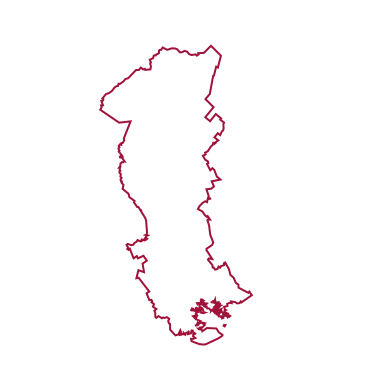 Åtorohanga District, Waikato, New Zealand, rotated 236°
{"feature_id": "76426892B74267582170982", "entity_name": "Åtorohanga District", "entity_type": "district", "adm_level": 2, "iso_a3": "NZL", "parent_name": "New Zealand", "parent_adm1": "Waikato", "projection": "mercator", "projection_center": [175.074, -38.229], "detail": "fine", "context": "isolated", "style": "outline", "palette": "rose", "viewbox_px": 384, "rotation_deg": 236, "n_neighbors": 0, "source": "geoboundaries", "source_scale": "gbopen_adm2", "svg_char_len": 5872}
<svg xmlns="http://www.w3.org/2000/svg" viewBox="0 0 384 384"><g transform="rotate(236 192 192)"><path d="M90.1,96.9L82.4,98.1L81.5,100.8L83.9,105.0L82.3,104.6L81.6,102.4L80.3,101.9L79.6,103.6L80.3,104.3L78.6,105.6L79.8,106.4L77.6,106.8L78.4,108.1L78.0,110.4L78.6,111.9L76.4,109.3L75.4,112.0L77.4,114.3L76.7,115.1L75.6,114.5L72.8,115.5L72.6,114.7L73.6,113.7L71.8,112.2L69.1,113.1L69.7,110.5L70.8,109.1L68.5,108.2L61.8,113.0L59.2,116.1L58.1,118.1L56.0,131.4L55.8,136.2L56.4,137.4L60.6,135.8L65.2,135.9L70.9,128.3L70.8,122.7L72.5,123.1L74.4,120.9L75.1,120.8L74.4,121.6L75.3,122.5L75.0,123.2L74.4,122.5L74.0,123.7L74.2,126.1L74.6,128.2L76.3,127.6L76.2,129.1L78.2,127.3L79.1,124.5L78.3,122.2L79.7,119.7L78.9,121.5L80.5,123.6L79.7,123.7L79.7,125.6L79.5,125.0L79.1,125.1L80.2,126.9L84.4,124.1L88.5,123.4L87.9,125.1L85.8,125.7L86.7,127.3L89.0,127.0L89.5,127.8L89.0,130.2L93.9,126.2L93.5,125.1L94.2,126.0L94.3,124.5L95.2,126.6L94.3,126.4L94.2,127.7L92.7,127.6L92.6,128.6L90.5,129.9L90.1,131.7L90.6,132.3L91.7,130.6L93.4,130.3L93.5,130.5L94.6,130.6L93.6,130.6L91.3,132.6L91.8,134.2L90.3,134.3L87.2,131.8L85.1,133.9L84.8,135.3L85.7,134.4L89.7,135.6L92.6,134.2L95.3,135.5L95.7,133.8L97.1,134.0L95.4,136.8L94.4,136.3L92.9,137.4L94.2,138.3L95.6,137.6L95.7,139.9L96.4,138.9L97.5,138.8L98.2,140.4L96.8,138.9L96.7,140.5L95.4,140.8L95.1,138.8L93.1,138.7L92.9,139.6L93.7,139.8L93.1,140.3L91.6,139.3L91.5,141.7L91.2,142.0L90.7,139.9L91.6,138.7L90.7,138.1L88.6,139.2L88.6,140.0L87.0,139.5L85.9,141.1L83.9,141.3L83.4,142.2L82.8,141.6L83.0,142.3L81.7,142.9L82.2,144.6L82.9,144.7L82.1,145.5L84.3,146.0L84.6,149.2L87.5,148.8L90.3,145.9L87.9,149.1L89.6,149.1L89.2,150.0L89.9,151.0L87.0,149.6L86.4,151.0L86.2,149.6L85.6,149.5L85.1,151.0L84.4,150.1L84.3,151.3L83.5,151.4L83.9,151.5L84.4,153.5L82.8,151.4L81.9,152.3L82.0,151.2L80.9,151.4L82.2,150.6L81.2,149.8L81.5,148.8L80.3,148.7L81.0,148.4L80.3,147.5L80.6,146.3L79.8,146.6L80.3,145.1L79.8,143.2L78.3,143.5L77.9,144.3L78.6,144.1L78.6,144.9L78.0,144.7L77.1,146.1L77.9,146.2L77.1,147.0L77.1,148.5L79.0,148.4L78.6,150.7L77.7,149.0L77.0,150.0L76.1,149.6L76.6,149.0L75.9,146.7L77.0,145.1L76.5,144.3L75.4,145.7L74.5,144.6L73.6,144.8L73.2,145.9L71.7,146.3L72.1,147.2L70.4,146.3L70.1,147.7L71.3,148.5L71.2,150.0L69.8,151.4L68.3,151.5L69.2,152.9L67.7,153.1L67.8,154.3L70.6,153.1L71.0,153.7L71.9,152.2L72.1,153.1L73.0,152.6L72.8,150.3L73.6,151.0L73.4,150.0L74.9,149.8L74.2,151.4L75.2,152.4L75.1,154.1L76.1,153.5L78.8,154.5L77.7,157.6L79.6,158.6L79.0,161.4L77.7,162.7L79.4,163.2L76.5,166.3L74.3,167.2L73.4,169.1L74.0,171.2L72.8,171.1L73.0,183.9L77.4,183.9L76.9,182.3L86.7,177.1L89.3,178.7L92.1,177.5L97.5,178.6L101.8,177.5L107.5,179.5L115.0,180.1L115.1,178.7L113.4,177.7L114.3,174.6L113.6,172.9L115.3,172.3L113.9,170.1L114.7,167.7L117.2,167.8L117.8,166.9L119.9,168.0L127.0,167.4L127.5,168.8L125.1,171.3L135.9,171.5L136.8,172.3L136.8,179.1L138.3,181.4L146.3,183.2L154.6,187.4L160.1,189.1L160.4,189.7L159.0,191.5L163.3,191.5L163.1,190.4L165.8,189.7L169.8,189.8L174.6,187.4L176.1,190.3L177.0,194.7L176.9,197.8L175.2,198.8L177.4,201.1L175.8,204.0L178.3,202.2L179.3,203.6L186.2,205.5L184.0,209.7L184.3,213.3L189.8,214.3L186.4,222.5L190.9,221.2L197.8,222.8L200.3,222.3L199.8,219.3L206.9,220.2L206.9,221.8L208.5,222.3L211.5,221.0L215.9,221.3L215.6,224.3L217.3,224.8L216.9,227.6L219.3,233.6L219.4,235.5L220.7,236.8L219.5,237.4L220.3,238.1L219.4,238.9L220.1,239.9L220.1,242.6L224.8,241.2L226.3,246.2L223.4,247.1L225.5,250.6L225.7,252.3L227.2,253.9L230.5,255.8L231.6,257.4L236.2,255.9L236.7,257.3L243.3,255.3L240.6,246.6L246.5,244.8L250.3,257.3L261.5,255.1L263.4,261.7L276.5,274.5L276.3,275.4L282.4,282.1L280.7,283.0L288.8,292.2L302.6,289.5L300.7,279.7L303.6,274.8L302.4,274.5L302.3,272.3L304.0,272.0L305.9,268.1L308.2,266.6L311.0,266.5L313.1,264.8L313.5,261.6L314.7,260.0L318.6,259.5L320.4,258.3L322.5,255.4L323.7,251.0L328.2,248.5L327.1,245.9L327.9,244.6L327.6,243.6L325.5,242.1L326.0,239.2L325.5,238.4L326.5,236.6L324.7,234.5L325.3,231.0L322.3,230.4L322.0,229.2L319.0,228.1L316.9,226.1L319.4,221.5L320.5,221.8L321.0,220.0L323.7,219.2L322.9,216.1L324.4,213.7L322.0,202.7L322.9,199.9L322.0,197.0L321.9,192.6L322.8,191.7L321.3,190.0L322.0,188.2L321.9,186.0L320.6,182.5L320.4,178.3L321.3,175.5L319.6,169.9L318.4,170.3L317.6,169.2L318.2,167.7L313.7,166.7L314.6,165.1L312.8,164.5L311.5,161.9L290.2,170.4L284.9,180.6L274.5,165.4L272.8,164.8L271.4,162.0L272.0,160.5L270.7,159.7L271.8,158.9L271.1,156.9L269.7,156.9L269.1,155.2L266.8,155.0L266.5,153.9L261.9,154.3L261.6,152.0L260.8,151.7L260.3,152.4L261.2,153.8L260.7,154.3L259.8,154.2L259.7,153.2L255.0,153.2L255.6,152.6L255.1,151.5L255.9,150.7L255.6,148.6L253.7,147.2L253.0,145.3L252.5,146.1L251.4,144.7L249.6,144.4L249.7,143.4L248.6,142.7L246.6,143.0L244.7,141.2L243.0,141.5L242.2,139.6L240.1,139.1L239.9,139.9L239.6,140.4L239.7,139.3L238.7,138.8L236.2,139.2L233.4,136.2L226.0,138.4L222.7,137.2L216.7,139.4L215.9,138.1L210.2,138.2L209.7,139.1L205.5,139.1L205.5,140.4L205.1,139.0L196.6,138.7L193.8,137.9L183.1,131.8L182.1,130.6L182.3,129.6L180.8,131.0L181.0,129.4L180.1,127.9L179.3,128.3L179.9,126.9L179.2,126.4L178.2,127.2L178.3,125.7L179.5,125.0L179.5,123.1L180.5,123.5L180.0,121.6L182.6,119.9L181.7,118.2L182.0,116.0L181.1,113.9L181.8,112.1L184.9,109.6L184.8,108.1L181.4,107.9L181.0,106.5L179.5,107.0L179.7,108.7L169.7,106.5L169.7,110.4L167.2,110.1L166.3,116.1L160.3,116.1L160.3,111.0L152.4,107.4L157.1,103.8L151.6,97.7L150.8,99.8L133.4,100.9L133.4,97.7L126.2,96.2L125.3,98.0L123.8,98.0L123.3,96.8L120.2,97.8L118.8,95.5L114.9,97.0L114.6,94.4L112.6,94.1L109.0,91.8L107.6,92.0L107.9,94.8L104.1,96.5L104.2,97.8L103.0,98.7L102.3,101.2L99.6,102.2L98.3,100.1L95.9,99.4L94.9,100.0L90.1,96.9ZM81.2,144.4L80.7,145.4L81.5,146.6L81.1,147.7L82.0,148.5L81.7,150.1L83.9,149.8L83.8,147.5L83.2,146.9L82.3,147.5L81.2,144.4ZM63.4,143.4L62.3,143.9L63.0,145.3L63.9,144.3L63.4,143.4Z" fill="none" stroke="#9f1239" stroke-width="2"/></g></svg>